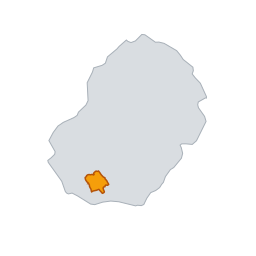 location of Vinica within North Macedonia, rotated 141°
{"feature_id": "MKD-3003", "entity_name": "Vinica", "entity_type": "Statistical Region", "adm_level": 1, "iso_a3": "MKD", "parent_name": "North Macedonia", "parent_adm1": "", "projection": "albers", "projection_center": [22.558, 41.857], "detail": "fine", "context": "in_parent", "style": "filled", "palette": "amber", "viewbox_px": 256, "rotation_deg": 141, "n_neighbors": 0, "source": "natural_earth", "source_scale": "10m", "svg_char_len": 2366}
<svg xmlns="http://www.w3.org/2000/svg" viewBox="0 0 256 256"><g transform="rotate(141 128 128)"><path d="M117.4,68.5L121.2,69.0L129.5,66.7L134.7,63.5L137.4,63.0L140.9,61.8L145.9,62.0L151.0,63.5L157.5,61.6L163.9,58.6L166.5,59.3L169.2,62.0L171.1,62.7L181.6,76.5L187.4,82.1L194.3,86.3L202.1,89.4L204.9,92.4L210.0,107.1L212.4,112.6L215.8,114.3L216.6,115.9L216.7,118.0L213.0,128.3L211.6,151.5L210.7,153.3L206.7,153.2L201.5,153.7L199.5,155.5L197.4,168.0L188.9,171.6L181.2,173.6L174.7,173.1L163.4,170.1L159.6,169.8L156.5,171.5L146.3,172.3L141.8,174.4L131.2,188.9L120.5,193.8L116.8,196.3L108.7,193.0L104.8,192.6L99.2,196.2L86.8,196.4L83.5,197.0L73.9,197.4L73.6,195.4L71.9,192.5L67.4,191.0L58.4,192.0L56.2,189.8L52.7,177.4L49.9,175.3L46.7,171.1L41.5,157.5L41.5,151.6L42.0,146.5L39.3,134.4L41.2,131.4L44.1,129.6L44.2,124.7L43.6,117.3L47.3,103.0L48.2,101.9L49.0,102.7L57.0,104.0L59.2,102.2L60.5,99.4L61.2,88.8L63.2,84.0L82.8,75.0L88.4,74.8L92.8,79.1L96.2,81.9L98.3,81.9L99.0,79.1L101.5,73.9L105.5,70.9L117.3,68.5L117.4,68.5Z" fill="#d9dde1" stroke="#a8b0b8" stroke-width="1"/><path d="M178.0,113.1L178.0,112.4L178.0,111.4L178.0,110.9L178.1,110.0L178.2,109.2L178.2,108.5L178.2,107.7L178.1,106.6L178.0,105.4L177.8,104.9L177.5,104.5L177.3,104.0L177.3,103.9L177.3,103.7L177.8,103.1L177.7,100.9L177.7,100.1L178.0,99.2L178.2,97.9L178.4,96.7L178.6,96.3L179.1,96.3L179.7,96.3L180.0,96.4L180.4,96.8L180.8,97.3L181.1,97.6L181.5,97.6L181.9,97.6L182.6,97.1L182.9,96.9L183.3,97.1L183.9,97.4L184.4,97.4L185.2,96.9L185.7,95.8L186.1,94.9L186.2,94.1L186.4,93.5L186.8,93.1L187.4,93.0L188.4,93.1L189.0,93.4L189.1,94.1L189.1,95.5L189.2,96.7L189.2,97.8L189.2,98.5L189.5,98.8L190.3,99.0L191.6,99.4L193.0,100.1L194.3,100.8L195.2,101.1L195.8,101.2L196.2,101.2L196.4,101.2L196.4,101.7L196.1,102.0L195.9,102.6L195.3,103.7L195.1,105.0L194.8,106.5L194.4,107.3L193.9,108.0L193.8,108.6L193.7,109.6L193.8,109.7L193.6,109.7L193.5,110.5L193.7,111.0L193.8,111.9L193.7,113.5L193.5,114.6L193.0,115.7L192.4,116.5L191.4,116.5L190.6,116.6L190.1,117.1L189.5,117.0L188.9,117.0L188.1,116.7L187.3,116.1L186.9,115.6L186.4,115.1L185.8,114.9L185.2,114.6L184.9,114.3L184.6,113.9L184.5,113.4L184.2,113.2L183.7,113.2L183.5,113.6L183.4,114.1L183.0,114.5L182.1,114.7L181.3,114.7L180.5,114.8L179.9,114.5L179.6,114.3L179.2,113.7L178.7,113.3L178.0,113.1L178.0,113.1Z" fill="#f59e0b" stroke="#b45309" stroke-width="1.5"/></g></svg>